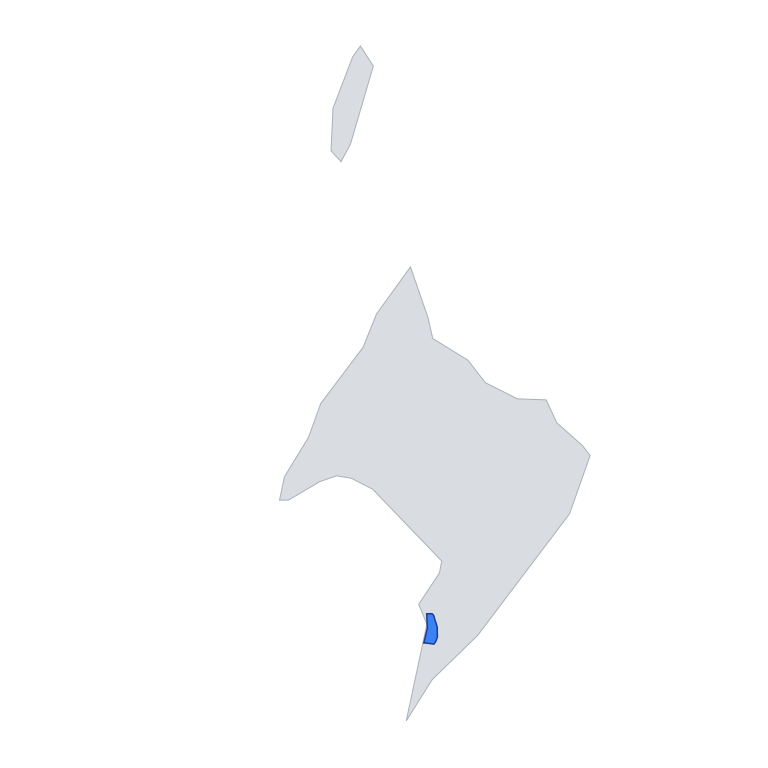 location of Point Fortin within Trinidad and Tobago, rotated 309°
{"feature_id": "TTO-60", "entity_name": "Point Fortin", "entity_type": "City", "adm_level": 1, "iso_a3": "TTO", "parent_name": "Trinidad and Tobago", "parent_adm1": "", "projection": "orthographic", "projection_center": [-61.662, 10.176], "detail": "fine", "context": "in_parent", "style": "filled", "palette": "blue", "viewbox_px": 768, "rotation_deg": 309, "n_neighbors": 0, "source": "natural_earth", "source_scale": "10m", "svg_char_len": 870}
<svg xmlns="http://www.w3.org/2000/svg" viewBox="0 0 768 768"><g transform="rotate(309 384 384)"><path d="M458.2,589.2L399.8,609.9L247.7,615.0L184.6,607.5L136.2,613.3L224.3,568.5L234.7,549.6L272.1,546.0L282.7,540.3L295.1,441.4L290.2,417.9L282.8,404.9L267.7,395.5L233.7,382.8L228.0,375.9L249.3,365.0L295.0,358.9L329.1,347.1L399.6,344.6L433.8,334.1L491.6,330.9L463.3,376.4L450.0,393.3L455.3,434.2L448.8,462.0L456.4,497.0L473.7,520.0L462.6,542.7L461.0,577.0L458.2,589.2ZM549.2,207.0L529.7,210.7L531.9,196.1L566.1,170.9L618.4,153.8L631.8,153.0L624.4,175.6L549.2,207.0Z" fill="#d9dde1" stroke="#a8b0b8" stroke-width="1"/><path d="M207.8,577.9L221.6,571.3L232.3,561.8L232.9,562.6L234.8,564.6L235.8,566.3L235.4,568.3L232.2,572.8L230.7,575.3L228.5,578.4L220.9,584.8L216.8,586.2L213.3,586.5L209.0,579.5L207.8,577.9Z" fill="#3b82f6" stroke="#1e3a8a" stroke-width="1.5"/></g></svg>